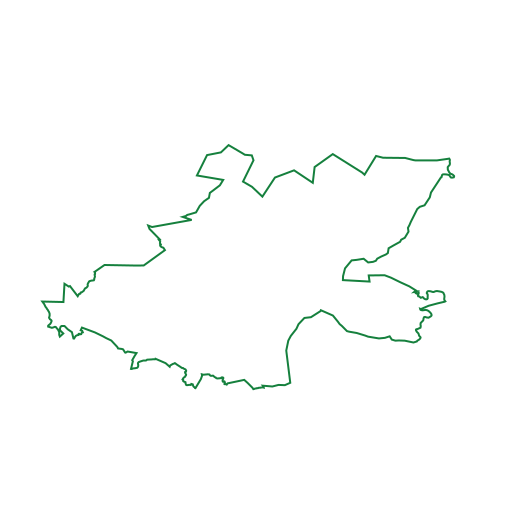 Tecoanapa, Guerrero, Mexico (Natural Earth projection), rotated 105°
{"feature_id": "50627088B15392276223600", "entity_name": "Tecoanapa", "entity_type": "district", "adm_level": 2, "iso_a3": "MEX", "parent_name": "Mexico", "parent_adm1": "Guerrero", "projection": "natural_earth1", "projection_center": [-99.252, 16.971], "detail": "fine", "context": "isolated", "style": "outline", "palette": "green", "viewbox_px": 512, "rotation_deg": 105, "n_neighbors": 0, "source": "geoboundaries", "source_scale": "gbopen_adm2", "svg_char_len": 5995}
<svg xmlns="http://www.w3.org/2000/svg" viewBox="0 0 512 512"><g transform="rotate(105 256 256)"><path d="M128.2,158.7L128.3,165.9L149.4,172.2L147.9,175.1L137.7,208.2L154.9,222.4L170.6,220.1L163.4,241.4L175.3,258.0L197.0,265.2L190.2,277.8L187.5,287.8L164.2,283.2L159.9,286.1L161.1,293.0L160.3,295.6L156.0,311.2L165.0,316.7L171.2,329.4L193.5,333.9L191.0,307.4L197.1,309.2L207.0,316.9L212.0,316.5L216.5,320.3L222.1,323.3L229.4,325.2L233.2,331.4L233.9,332.7L234.6,333.5L235.4,333.9L237.2,336.9L237.8,327.5L254.9,363.9L254.5,368.0L257.4,365.9L264.8,353.4L265.3,354.2L266.0,353.4L266.4,352.4L268.5,352.1L269.0,351.6L269.2,351.2L269.6,350.8L270.2,351.0L270.3,351.4L270.9,351.2L271.8,349.7L272.0,347.6L273.9,345.5L294.2,362.0L296.2,369.1L303.9,400.0L313.1,407.8L313.2,407.5L313.8,407.1L315.2,406.8L315.5,407.1L316.2,406.9L316.9,406.5L317.7,406.2L319.7,406.4L320.2,406.2L321.4,406.3L321.8,407.1L322.4,408.7L323.4,410.3L323.9,410.7L325.1,410.9L325.7,411.2L327.0,411.3L328.2,410.8L329.0,410.8L330.5,411.6L331.5,412.7L332.4,413.0L334.2,413.4L336.0,414.8L336.4,415.4L336.5,415.7L336.7,415.9L337.0,416.0L337.7,415.9L338.0,416.1L338.5,417.1L339.0,417.3L341.0,417.8L333.2,427.9L334.0,428.9L332.4,433.8L350.3,430.1L355.3,450.6L357.3,448.1L359.5,446.2L360.7,444.6L361.3,444.1L362.1,443.0L362.9,442.3L363.7,441.4L365.2,440.4L367.1,439.9L369.2,439.9L370.4,438.7L370.8,437.5L371.3,436.8L371.9,436.6L373.6,436.8L374.9,437.2L376.4,438.3L377.1,438.7L378.0,438.5L378.2,434.6L377.4,433.2L376.5,432.0L376.4,431.4L376.5,430.8L377.1,430.1L378.3,428.3L379.6,427.1L380.7,426.3L381.2,426.1L381.9,426.0L383.2,425.6L384.6,424.6L380.7,422.1L378.7,425.7L377.2,426.6L375.9,426.5L374.8,426.4L373.9,425.6L373.2,422.8L375.5,418.9L377.2,414.1L382.9,411.0L382.9,410.4L382.6,410.2L381.9,410.2L379.7,409.3L378.9,408.4L378.3,407.1L377.7,407.3L377.1,407.1L376.9,406.8L377.1,405.5L376.7,404.6L375.2,404.4L374.7,404.1L374.5,403.6L373.3,404.5L373.1,406.1L370.2,405.6L371.5,391.8L373.2,383.0L374.1,379.4L375.1,373.9L379.8,366.4L381.0,365.3L380.5,361.4L380.6,360.2L383.1,357.5L383.1,356.9L381.5,355.3L380.7,346.3L384.1,347.4L388.7,348.6L389.5,347.7L397.4,347.5L397.3,346.8L396.4,345.6L395.6,343.5L394.7,341.8L394.0,341.4L393.0,341.3L391.8,341.5L390.5,342.2L389.9,342.3L388.9,341.9L388.0,340.7L386.2,337.9L385.4,335.2L384.3,334.3L382.9,330.0L382.3,328.5L382.0,327.1L381.7,326.4L381.3,326.4L382.9,315.6L385.3,310.7L384.1,310.6L383.8,310.4L381.8,308.4L381.0,307.1L380.6,306.9L380.5,306.4L381.3,304.5L382.8,299.9L383.1,299.2L383.3,298.5L383.2,298.3L383.1,297.5L383.4,297.1L383.8,294.8L384.2,294.3L385.0,293.7L386.0,293.8L386.3,293.9L386.3,294.3L386.5,294.5L387.2,294.2L388.7,292.8L389.5,292.8L389.9,293.1L390.9,293.2L391.9,294.1L392.8,294.6L394.3,295.0L394.6,294.2L395.6,294.0L395.8,293.7L396.0,293.2L396.1,291.5L396.5,291.3L397.3,291.1L398.5,290.2L398.7,289.8L398.5,288.8L397.8,287.3L397.4,285.6L396.3,285.4L396.3,284.7L396.4,284.4L396.4,283.8L397.4,283.3L398.3,282.5L398.6,281.8L398.9,280.7L400.1,280.5L389.2,277.4L385.6,277.1L384.3,277.7L384.3,276.1L383.0,272.6L382.8,272.2L382.5,270.6L382.5,270.3L383.1,269.7L383.4,268.9L383.4,268.6L383.1,267.5L382.7,266.7L382.7,266.4L383.7,264.5L383.8,263.4L384.3,262.8L384.3,261.9L384.2,261.3L383.6,259.7L382.9,258.0L382.3,257.9L382.1,257.6L382.0,257.4L381.9,256.6L382.1,256.1L382.9,255.9L384.4,256.2L385.6,255.8L385.8,255.6L386.0,255.2L385.3,254.3L385.4,253.9L386.2,253.3L387.6,253.4L387.9,253.3L387.9,252.9L387.4,251.3L387.4,251.0L387.5,250.9L386.4,250.5L378.7,235.3L380.8,231.2L382.7,227.9L384.2,225.3L385.3,224.1L385.0,223.5L384.3,222.6L383.7,221.2L383.4,220.9L383.2,220.0L382.5,219.1L382.2,217.9L381.8,217.3L381.4,216.1L381.0,215.3L381.1,214.9L381.1,214.5L380.1,215.0L379.5,215.8L377.8,206.4L374.7,200.9L373.3,194.7L369.6,190.1L339.5,202.3L329.4,202.9L324.2,201.7L315.8,198.1L310.9,197.3L303.3,193.2L300.9,187.1L292.5,179.4L291.6,179.3L293.6,166.3L298.3,159.8L300.1,157.6L301.3,155.0L305.0,148.7L305.0,146.5L304.3,138.8L304.6,130.0L304.9,126.9L303.8,115.9L301.7,110.3L299.0,106.1L301.6,103.2L301.7,99.5L300.6,96.1L299.3,90.4L298.8,81.5L296.9,78.5L296.4,78.4L296.0,78.2L294.4,76.7L293.7,76.3L292.5,75.9L292.0,76.0L291.7,76.3L290.8,77.8L288.8,79.0L287.5,81.2L286.4,82.2L286.0,82.4L285.6,82.4L285.2,82.1L285.0,81.4L283.7,79.8L282.7,78.6L281.9,78.6L280.8,78.8L279.9,79.3L278.2,79.6L277.0,79.0L275.1,77.9L274.7,77.8L272.8,78.0L271.8,77.9L271.4,77.6L271.1,76.9L271.2,75.2L270.9,73.3L269.0,71.5L268.2,71.1L267.6,71.1L266.6,71.7L265.6,72.9L264.4,75.2L264.1,76.8L264.2,78.4L264.9,79.9L265.4,81.2L265.5,82.5L265.4,83.0L265.2,83.4L264.5,83.8L264.6,83.0L259.4,76.4L254.8,68.4L251.3,61.9L250.8,61.4L250.4,62.0L249.5,62.8L248.8,63.1L246.5,63.4L244.9,64.0L243.0,65.6L242.6,67.3L242.7,69.3L243.0,72.2L243.7,73.7L244.6,74.8L244.9,75.4L245.0,76.4L244.9,78.1L245.1,79.5L245.3,80.4L245.6,80.9L246.1,81.3L247.3,81.5L247.9,81.3L248.5,80.4L248.8,80.2L250.1,79.8L251.3,79.6L251.8,79.4L252.5,79.2L253.3,79.5L253.7,80.0L253.9,80.8L253.9,81.4L253.8,82.0L253.4,83.0L252.8,83.7L252.6,84.4L253.7,86.0L252.8,87.9L252.9,88.9L252.1,89.4L249.7,89.2L249.3,89.4L249.9,89.8L250.8,91.0L250.5,92.2L250.1,92.5L249.8,92.5L248.9,91.8L249.8,93.9L247.9,92.6L245.6,100.2L245.2,102.7L244.0,109.8L242.0,120.0L241.3,126.8L245.6,142.1L251.3,139.7L256.8,165.8L252.9,166.7L244.9,166.8L235.5,162.5L233.7,157.8L230.8,151.3L233.2,146.0L231.4,141.5L229.6,139.0L227.2,138.2L224.1,134.9L220.9,130.9L219.0,129.4L214.2,129.9L210.5,126.2L205.0,120.5L202.7,120.0L199.9,117.0L193.0,115.0L189.5,116.5L186.5,115.8L183.0,115.3L168.9,112.4L166.1,110.5L163.4,106.3L154.4,103.3L149.4,103.4L132.2,97.7L131.9,97.2L129.6,97.2L128.9,96.7L128.5,95.8L128.0,93.6L127.8,91.4L127.9,90.3L129.5,88.4L129.7,88.1L129.7,87.5L129.5,86.7L128.8,85.3L128.0,85.2L127.4,85.4L126.6,86.8L126.3,87.8L126.2,89.4L126.0,89.8L124.9,91.3L123.9,92.1L123.5,92.6L122.8,93.1L120.6,93.8L119.8,93.5L117.8,92.5L117.4,92.5L116.2,92.7L114.6,93.4L113.0,93.6L112.5,94.0L111.9,94.6L112.7,96.3L116.8,105.9L122.4,126.8L122.6,128.7L122.7,137.3L128.2,158.7Z" fill="none" stroke="#15803d" stroke-width="2"/></g></svg>